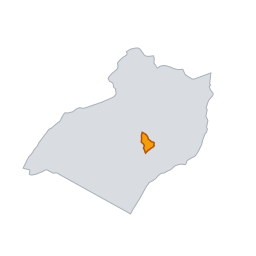 Uganda, with Buyende highlighted, rotated 29°
{"feature_id": "UGA-5593", "entity_name": "Buyende", "entity_type": "District", "adm_level": 1, "iso_a3": "UGA", "parent_name": "Uganda", "parent_adm1": "", "projection": "natural_earth1", "projection_center": [33.195, 1.209], "detail": "fine", "context": "in_parent", "style": "filled", "palette": "amber", "viewbox_px": 256, "rotation_deg": 29, "n_neighbors": 0, "source": "natural_earth", "source_scale": "10m", "svg_char_len": 2790}
<svg xmlns="http://www.w3.org/2000/svg" viewBox="0 0 256 256"><g transform="rotate(29 128 128)"><path d="M171.9,201.9L169.0,201.9L164.2,201.9L159.4,201.9L154.6,201.9L149.8,201.9L145.1,201.9L140.3,201.9L135.5,201.9L130.7,201.9L126.0,201.9L121.2,201.9L116.4,201.9L111.6,201.9L106.9,201.9L102.1,201.9L97.3,201.9L92.5,201.9L89.7,201.9L89.1,201.8L88.7,201.7L86.9,202.1L85.1,203.4L83.1,204.0L81.0,203.8L80.7,203.9L79.6,203.9L78.1,203.8L76.7,204.2L75.6,205.4L74.5,207.4L72.6,209.7L71.0,211.8L69.7,213.3L66.8,215.7L65.1,216.4L64.3,216.3L63.8,215.9L62.9,212.8L62.3,212.3L56.5,213.9L55.6,213.9L55.7,212.9L55.3,205.6L55.2,201.1L56.0,198.3L56.4,195.1L56.5,192.2L57.5,187.4L57.1,184.5L58.5,174.3L58.9,172.6L59.4,167.7L60.3,166.2L61.0,165.6L62.0,162.6L63.9,157.7L65.2,155.2L65.0,149.8L65.2,146.1L65.5,145.3L68.3,143.9L71.9,140.5L73.5,136.5L75.6,133.9L79.8,132.2L92.3,118.4L98.1,111.0L100.7,107.2L100.8,105.8L101.2,104.0L100.2,102.6L99.0,101.4L98.6,100.2L97.6,99.6L96.1,99.6L95.1,98.8L94.0,97.1L92.9,96.0L89.3,96.1L86.6,94.4L86.6,92.1L87.7,87.5L89.8,82.2L89.9,80.8L89.6,79.6L89.1,78.5L88.2,77.4L87.3,76.2L88.0,72.4L89.3,68.7L90.3,66.9L91.4,64.8L91.1,63.1L89.6,62.2L90.4,60.6L92.0,57.8L95.2,54.9L98.0,53.1L99.9,53.1L103.5,54.6L106.8,56.3L108.6,56.4L110.8,55.7L115.3,52.5L116.4,53.5L117.8,55.4L119.2,58.6L122.1,60.0L123.4,61.0L124.4,61.3L125.0,61.1L126.0,58.6L127.4,57.2L129.8,55.5L135.1,54.2L138.9,53.8L140.6,53.5L143.3,52.7L147.5,50.1L151.8,53.4L156.3,54.0L160.8,54.0L162.1,53.0L162.9,52.3L167.5,46.9L173.8,39.6L178.0,49.8L179.5,50.4L179.3,51.3L178.9,52.2L181.6,54.7L185.0,56.0L186.2,57.3L186.3,58.6L185.2,64.7L185.4,66.4L186.5,72.4L188.5,73.8L190.3,79.8L193.9,82.4L194.4,83.1L195.3,86.1L196.4,89.3L197.2,90.1L197.8,90.2L198.8,93.7L198.2,95.6L199.0,101.4L200.4,106.6L200.8,112.9L200.8,115.6L200.7,117.3L200.4,119.7L199.8,121.0L198.6,122.4L197.4,124.5L196.2,126.7L195.5,127.8L196.1,131.2L195.9,132.1L195.7,132.5L194.0,133.0L191.9,133.9L190.7,134.8L188.9,136.5L187.4,138.4L185.5,143.8L182.4,148.0L181.8,149.4L178.8,151.9L177.5,155.1L176.7,158.9L175.5,161.6L173.0,165.4L172.4,171.3L172.5,183.1L171.8,196.6L171.9,201.9Z" fill="#d9dde1" stroke="#a8b0b8" stroke-width="1"/><path d="M156.7,137.2L156.2,137.9L156.3,138.3L156.4,138.8L156.1,139.5L155.7,140.3L155.6,141.4L154.6,140.8L153.8,139.9L152.5,138.8L151.8,138.5L151.2,138.0L151.1,136.6L150.7,135.3L148.6,134.3L146.6,134.0L145.8,132.5L145.5,131.5L144.9,130.6L144.7,130.0L143.6,128.5L143.1,127.2L142.5,124.9L146.7,124.9L147.1,125.3L147.5,125.2L148.0,125.4L149.5,126.2L150.4,127.0L151.2,127.9L153.2,128.2L155.4,128.6L156.6,128.2L157.8,128.1L158.2,128.6L158.5,129.2L158.8,130.4L159.5,130.7L159.4,131.6L159.2,132.4L158.7,133.2L158.3,134.1L157.8,134.8L157.4,135.6L157.5,136.1L157.4,136.5L156.7,137.2Z" fill="#f59e0b" stroke="#b45309" stroke-width="1.5"/></g></svg>